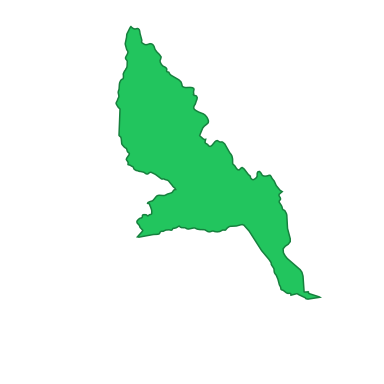 an SVG outline of Manicaland, rotated 318°
{"feature_id": "ZWE-529", "entity_name": "Manicaland", "entity_type": "Province", "adm_level": 1, "iso_a3": "ZWE", "parent_name": "Zimbabwe", "parent_adm1": "", "projection": "albers", "projection_center": [32.271, -19.29], "detail": "fine", "context": "isolated", "style": "filled", "palette": "green", "viewbox_px": 384, "rotation_deg": 318, "n_neighbors": 0, "source": "natural_earth", "source_scale": "10m", "svg_char_len": 6063}
<svg xmlns="http://www.w3.org/2000/svg" viewBox="0 0 384 384"><g transform="rotate(318 192 192)"><path d="M260.9,37.2L259.4,39.5L256.4,45.4L255.9,46.0L255.2,46.5L254.7,47.0L254.7,47.9L255.5,50.6L255.9,51.3L257.2,52.4L260.1,53.7L261.2,55.1L261.5,56.8L261.2,58.4L259.9,61.4L259.6,64.5L259.8,68.0L259.4,71.0L257.5,72.3L256.2,72.9L255.3,74.2L254.8,75.9L254.6,77.5L254.7,79.1L255.6,81.3L255.8,82.8L255.5,83.8L254.9,84.4L254.3,84.8L253.9,85.4L254.0,86.2L254.9,87.3L254.8,88.0L254.4,89.6L254.6,91.4L257.3,99.8L257.5,102.5L257.4,103.1L256.7,104.8L256.1,105.9L255.7,106.5L255.6,107.1L255.9,108.4L257.1,110.1L260.6,113.0L262.0,114.6L262.6,116.1L262.2,117.0L260.0,118.7L258.4,121.1L258.2,121.0L258.3,121.8L259.3,123.0L259.5,123.8L259.0,125.4L257.6,126.5L255.9,127.3L254.4,128.2L253.1,128.9L251.6,129.3L250.3,129.9L249.3,131.0L249.1,132.3L249.4,134.0L250.4,136.9L252.7,141.5L253.2,143.7L253.1,146.4L252.5,148.6L251.7,150.3L250.4,151.4L248.4,151.5L245.2,151.3L242.9,151.6L235.5,155.1L235.4,155.8L235.9,160.2L236.4,161.4L237.4,162.0L236.5,162.6L235.6,163.2L234.8,163.9L234.7,164.9L235.3,166.7L235.4,167.6L235.3,168.6L235.5,169.7L236.1,170.3L236.9,170.6L238.0,170.7L242.7,170.0L244.0,170.1L244.9,170.5L245.3,170.8L245.5,171.4L245.7,172.3L246.1,173.3L246.7,174.0L247.4,174.5L248.1,175.3L248.5,178.1L246.3,188.1L246.2,190.1L245.9,191.6L245.3,192.9L244.2,194.7L241.3,198.0L241.1,198.8L241.3,201.1L240.8,204.4L240.9,206.1L241.7,207.1L243.2,207.1L244.5,207.0L245.6,207.3L246.1,209.1L246.1,210.6L245.6,216.4L245.6,217.2L245.8,218.0L245.9,219.0L245.6,219.8L245.1,220.5L244.9,221.3L245.1,223.1L246.0,224.0L247.4,224.3L249.1,224.4L250.8,224.0L253.1,221.6L254.6,221.1L255.9,221.9L256.0,223.6L255.4,226.7L256.0,228.1L257.2,229.4L258.9,230.5L260.6,231.2L261.3,232.1L261.1,233.6L260.6,235.5L260.4,238.9L258.9,243.6L258.6,249.6L259.1,251.5L259.3,252.1L255.2,252.0L254.2,252.9L253.7,255.4L253.1,256.5L251.9,256.9L250.7,257.1L250.0,257.9L249.4,261.8L249.0,263.1L248.0,265.0L247.8,265.8L247.9,266.3L248.4,267.4L248.5,268.0L247.9,270.5L247.5,271.7L246.9,272.7L238.6,283.0L233.7,292.5L231.8,294.6L228.5,295.2L225.0,294.7L221.7,295.2L219.3,298.3L218.5,301.7L218.3,305.1L220.4,322.2L220.0,325.2L218.2,328.8L208.5,341.2L208.9,342.0L210.0,342.6L210.7,343.6L211.4,343.6L211.6,343.8L211.6,344.3L211.0,345.3L210.9,345.6L216.4,355.1L216.6,355.8L206.5,349.2L205.3,347.6L205.4,346.4L202.7,339.9L202.1,337.9L201.7,337.6L196.5,334.9L197.3,333.7L197.1,332.9L195.4,331.5L195.0,330.8L194.7,330.1L194.0,326.3L193.7,325.6L193.1,324.6L193.0,323.9L194.1,322.1L194.4,321.3L194.8,319.5L197.5,314.3L198.9,310.2L199.0,308.5L199.3,307.1L200.0,305.9L201.6,303.8L202.4,299.0L203.5,297.5L204.1,293.6L204.5,282.2L208.3,259.4L208.4,251.3L207.9,250.6L207.7,249.9L206.3,249.0L202.3,247.0L197.3,243.0L196.3,242.6L195.6,242.5L195.0,242.4L193.5,242.4L191.7,242.7L191.2,242.6L190.8,242.2L190.1,241.5L189.6,241.0L189.1,240.7L186.7,240.1L185.8,239.7L184.1,238.5L183.0,237.3L182.4,236.6L181.8,235.4L181.4,235.0L180.9,234.6L178.9,233.7L178.1,233.1L177.5,232.3L177.2,231.8L176.3,228.8L175.3,227.6L172.9,225.4L171.2,223.3L170.8,222.6L170.0,220.6L169.5,220.1L168.6,219.5L165.1,217.5L164.5,217.1L163.9,216.4L163.6,215.9L163.0,214.1L162.8,213.8L160.4,211.5L160.0,210.7L159.8,210.1L159.8,209.0L159.5,208.7L159.0,208.5L157.1,208.2L156.3,208.0L155.3,207.5L154.6,207.1L153.7,206.4L153.1,206.4L151.9,206.8L151.4,206.7L150.9,206.4L149.7,204.8L149.1,204.3L147.1,202.8L146.3,202.5L144.9,202.1L144.4,202.0L144.0,201.7L143.2,200.9L142.9,200.7L142.5,200.6L141.6,200.5L141.1,200.6L140.4,201.0L140.0,201.1L139.5,201.1L138.6,200.7L137.6,200.0L134.8,197.7L122.4,190.1L121.4,188.8L128.8,188.0L129.8,187.5L129.7,183.6L130.5,181.6L130.5,178.4L130.8,177.9L130.9,177.5L131.3,177.1L132.0,176.7L134.0,176.5L135.0,176.6L135.8,176.7L136.5,177.1L137.3,177.5L137.7,177.5L138.2,177.4L138.7,177.0L139.3,176.4L139.6,176.2L140.0,176.1L140.7,176.4L141.1,176.6L142.6,178.1L142.9,178.8L142.9,179.7L143.1,180.1L143.5,180.3L144.1,180.4L145.0,180.4L145.5,180.6L146.6,181.2L147.1,181.3L147.6,181.1L149.0,179.6L149.5,179.0L150.1,178.0L151.1,175.6L151.7,173.9L152.2,172.8L152.3,172.4L152.2,172.0L152.1,171.7L151.6,171.1L151.4,170.7L151.7,170.5L152.4,170.4L154.1,170.9L156.7,172.1L158.1,172.1L161.8,171.5L163.2,171.4L164.4,171.8L165.5,172.5L168.4,175.5L169.6,176.4L172.4,177.1L175.5,178.6L177.0,179.0L177.8,178.9L179.1,178.5L179.6,178.4L180.4,178.6L181.0,178.8L181.5,179.2L181.9,177.8L181.6,175.8L181.6,174.7L181.8,173.2L181.8,171.7L182.0,168.2L181.9,167.5L181.6,166.7L181.2,166.1L180.3,164.7L179.9,163.5L179.6,163.2L178.6,162.5L178.3,162.2L178.1,161.9L178.0,161.5L176.6,154.4L174.9,150.2L174.7,149.8L174.0,149.4L173.1,149.1L171.7,149.1L170.9,148.8L170.6,148.5L170.1,147.9L169.8,146.9L169.5,145.4L169.3,144.9L167.7,142.6L166.6,141.4L165.7,139.6L164.9,138.7L164.6,137.4L164.4,137.1L164.3,136.6L164.3,136.1L164.7,135.0L165.0,134.1L164.9,133.5L164.3,132.1L164.0,130.8L163.1,129.4L162.8,128.8L163.3,128.3L164.2,127.5L164.6,126.1L164.7,125.2L164.8,124.4L165.0,123.8L165.7,123.4L166.4,123.1L169.8,122.3L170.5,122.0L171.1,121.6L171.2,120.8L171.0,119.2L171.2,118.4L172.3,116.1L172.3,115.3L172.1,115.0L171.9,114.2L171.7,112.8L171.8,110.2L171.9,109.7L172.0,109.2L174.9,105.3L175.5,104.2L175.8,103.4L175.6,102.0L175.6,101.5L175.7,101.0L193.7,82.5L194.0,82.1L194.0,81.7L193.9,80.4L193.9,79.4L194.5,76.3L194.8,75.5L195.2,75.1L195.7,74.8L197.8,74.0L199.4,73.1L201.0,72.5L201.4,72.2L201.9,71.7L202.4,70.9L203.2,69.5L203.6,68.8L204.0,68.4L204.6,67.9L206.4,66.9L207.1,66.3L210.3,63.2L211.5,62.3L212.9,61.7L213.7,61.4L214.4,61.3L214.9,61.3L215.4,61.4L216.2,61.7L216.8,61.6L217.4,61.2L218.6,60.0L219.6,58.6L220.0,58.2L222.7,57.0L224.1,56.8L225.2,56.3L226.5,56.0L227.2,55.6L228.0,55.0L231.3,51.6L231.5,51.2L231.7,50.7L231.7,50.2L231.8,48.7L232.0,48.3L232.3,47.9L232.8,47.5L235.2,46.6L236.0,46.4L237.1,45.8L237.6,45.5L238.1,45.1L238.5,44.3L238.7,42.8L238.8,42.4L241.1,37.8L241.7,37.0L246.9,33.2L248.7,31.5L249.4,31.0L255.2,28.7L256.8,28.2L257.3,28.2L257.3,29.0L257.6,30.8L258.4,32.4L259.1,33.0L260.8,33.9L261.3,34.7L261.4,36.0L260.9,37.2Z" fill="#22c55e" stroke="#15803d" stroke-width="1.5"/></g></svg>